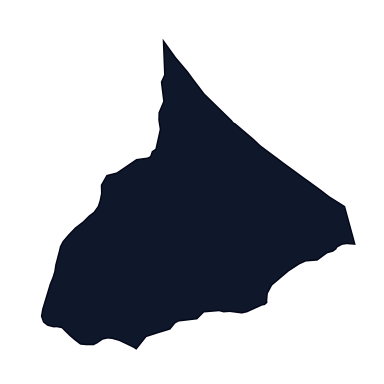 Yumbi, Bandundu, Democratic Republic of the Congo (orthographic projection), rotated 86°
{"feature_id": "63176286B53648445078824", "entity_name": "Yumbi", "entity_type": "district", "adm_level": 2, "iso_a3": "COD", "parent_name": "Democratic Republic of the Congo", "parent_adm1": "Bandundu", "projection": "orthographic", "projection_center": [16.525, -2.097], "detail": "fine", "context": "isolated", "style": "filled", "palette": "ink", "viewbox_px": 384, "rotation_deg": 86, "n_neighbors": 0, "source": "geoboundaries", "source_scale": "gbopen_adm2", "svg_char_len": 1646}
<svg xmlns="http://www.w3.org/2000/svg" viewBox="0 0 384 384"><g transform="rotate(86 192 192)"><path d="M169.7,275.7L178.9,281.8L187.3,282.2L194.6,284.2L199.9,286.4L205.5,291.0L208.8,296.1L214.3,302.4L219.7,310.6L226.0,317.6L232.4,323.9L237.3,326.9L241.8,328.3L249.2,330.8L255.1,332.8L261.9,334.3L268.0,336.7L273.8,339.6L282.2,342.8L290.1,345.8L298.5,349.0L305.4,350.7L311.3,349.1L314.8,345.2L316.7,339.5L316.8,336.1L318.2,331.0L322.1,327.7L326.7,323.6L331.6,318.6L335.8,313.8L336.8,308.0L337.3,301.0L335.7,297.2L332.4,291.6L331.6,286.5L332.3,281.9L334.7,275.2L337.7,269.7L342.8,260.8L344.5,258.6L332.9,248.0L330.1,236.8L327.1,223.7L324.6,221.3L321.4,218.4L319.6,214.6L319.3,208.0L318.7,196.0L312.3,188.7L312.1,173.2L313.6,168.8L313.6,162.7L316.0,150.7L315.2,145.6L309.4,130.1L309.2,127.6L307.4,125.2L305.5,125.2L302.1,124.7L300.2,124.4L298.4,124.1L296.7,123.1L293.5,121.1L290.3,119.1L277.2,101.2L272.1,92.0L271.1,90.2L268.6,83.5L268.5,71.9L264.8,66.1L262.0,61.7L260.7,55.6L259.4,53.6L258.8,52.6L257.0,51.5L254.5,46.2L254.1,41.3L255.3,33.3L248.7,34.6L217.2,40.9L206.3,55.8L200.2,62.6L197.3,66.0L192.2,72.1L189.4,75.4L185.8,79.8L174.2,93.5L172.9,95.1L171.7,96.5L169.0,99.7L166.0,103.1L150.7,120.9L143.9,127.1L127.2,144.2L126.0,146.2L123.9,147.6L123.6,147.8L95.1,173.2L79.5,183.4L72.0,188.1L57.0,199.1L39.5,209.9L71.4,210.9L73.4,211.0L80.2,214.7L81.8,214.6L82.8,214.6L99.8,213.7L100.4,214.1L100.9,214.3L110.6,219.2L117.8,219.9L120.4,219.7L127.2,219.1L146.8,224.9L148.1,227.1L149.0,228.7L151.2,229.6L153.8,230.7L154.4,231.9L155.2,233.8L155.9,245.0L163.1,257.3L167.9,265.6L169.7,275.7Z" fill="#0f172a" stroke="#020617" stroke-width="1.5"/></g></svg>